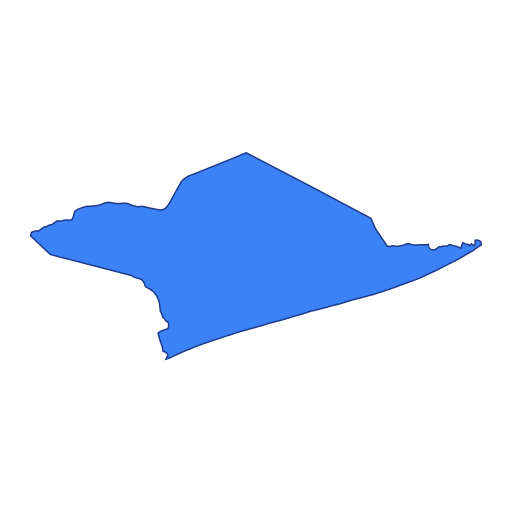 Quissamã, Rio de Janeiro, Brazil (Mercator projection)
{"feature_id": "56859067B88241347773120", "entity_name": "Quissamã", "entity_type": "district", "adm_level": 2, "iso_a3": "BRA", "parent_name": "Brazil", "parent_adm1": "Rio de Janeiro", "projection": "mercator", "projection_center": [-41.42, -22.11], "detail": "fine", "context": "isolated", "style": "filled", "palette": "blue", "viewbox_px": 512, "rotation_deg": 0, "n_neighbors": 0, "source": "geoboundaries", "source_scale": "gbopen_adm2", "svg_char_len": 3389}
<svg xmlns="http://www.w3.org/2000/svg" viewBox="0 0 512 512"><path d="M165.9,359.2L169.2,358.2L172.7,356.4L175.1,355.4L177.3,354.3L180.3,353.0L183.1,351.7L185.2,350.8L187.5,349.9L190.4,348.8L193.5,347.4L196.7,346.2L199.0,345.3L201.2,344.6L203.7,343.6L205.8,342.9L207.9,342.2L210.2,341.4L214.2,340.1L217.6,338.9L219.8,338.2L222.6,337.2L225.1,336.4L227.5,335.6L230.2,334.9L233.6,333.7L236.7,332.6L238.9,332.1L241.0,331.3L243.1,330.8L245.4,330.2L247.6,329.6L249.8,328.9L252.2,328.3L254.7,327.6L257.6,326.8L261.1,325.7L264.1,324.9L267.4,323.8L270.6,322.9L273.2,322.3L276.6,321.3L280.0,320.5L282.6,319.8L286.1,318.7L290.1,317.5L293.1,316.6L295.7,315.8L298.7,315.0L301.1,314.3L303.4,313.6L306.3,312.7L308.9,311.8L311.3,311.0L314.1,310.5L316.7,309.8L318.9,309.2L322.2,308.4L326.1,307.4L329.0,306.6L331.9,305.7L335.0,305.0L338.8,304.1L341.5,303.3L344.2,302.5L346.8,301.7L349.1,301.0L352.6,299.9L356.2,299.0L358.9,298.2L361.0,297.8L363.6,297.0L365.8,296.5L368.9,295.6L372.2,294.8L375.4,293.8L378.4,292.8L381.1,292.0L383.9,291.1L386.3,290.2L389.2,289.3L393.2,287.9L396.8,286.6L400.7,285.1L403.7,284.0L405.8,283.3L408.2,282.4L411.1,281.3L413.7,280.4L416.7,279.2L420.1,277.9L422.9,276.6L426.0,275.2L429.6,273.5L433.2,271.8L435.7,270.7L438.7,269.1L441.6,267.6L443.9,266.4L446.1,265.4L448.2,264.2L450.4,263.2L452.9,261.9L455.7,260.6L458.5,259.1L461.9,257.1L465.3,255.0L467.9,253.6L470.7,251.9L473.1,250.6L475.1,249.0L477.8,247.2L481.3,244.9L480.9,241.7L478.1,240.1L475.1,240.2L475.3,243.5L473.7,245.6L471.4,243.8L469.7,245.8L468.0,244.3L465.4,244.2L463.1,242.6L461.5,245.6L461.1,248.2L457.2,246.6L452.8,245.6L449.6,244.5L446.9,246.2L443.7,246.0L441.3,246.7L439.0,246.8L436.8,248.6L434.3,249.9L431.0,249.7L428.7,247.4L428.4,244.5L426.0,244.7L423.4,244.8L419.7,244.7L416.3,245.1L412.3,244.8L408.9,243.6L406.4,243.9L403.6,245.2L399.7,246.0L396.8,246.4L393.0,245.7L390.1,246.4L387.4,246.4L375.7,229.1L374.6,226.8L373.2,223.6L372.0,220.8L370.9,218.3L345.8,205.0L315.7,189.0L246.3,152.8L242.3,154.3L239.7,155.5L237.5,156.4L234.1,157.8L231.9,158.7L229.8,159.6L226.9,160.8L223.4,162.1L219.6,163.7L215.8,165.2L211.7,166.9L209.3,167.8L206.5,169.0L204.1,169.9L200.3,171.4L198.1,172.4L195.7,173.3L193.4,174.2L191.1,175.1L187.8,176.4L183.3,179.5L181.2,181.9L177.9,187.7L175.6,191.9L174.3,194.2L170.9,200.5L169.3,203.4L166.4,207.4L163.7,209.4L160.5,210.0L156.5,209.4L153.3,208.7L150.1,208.1L147.0,207.4L143.3,206.5L140.5,206.5L138.0,206.8L134.8,206.1L131.8,205.2L127.7,203.6L124.5,203.1L122.1,203.3L119.3,203.6L115.4,203.5L111.4,202.7L108.1,202.3L104.5,203.1L101.4,204.4L97.7,205.5L94.9,205.9L92.0,206.1L88.8,206.3L86.0,206.5L83.4,207.3L80.7,208.2L77.6,209.4L74.7,211.4L73.5,216.3L71.8,220.0L68.0,220.0L64.3,220.1L61.4,221.2L57.7,220.8L54.8,222.4L51.9,224.6L49.0,225.2L46.6,226.5L44.2,227.0L41.8,228.5L39.1,230.8L34.9,231.1L31.4,232.4L30.7,235.9L50.2,254.4L57.6,256.4L60.4,257.2L67.8,259.0L77.8,261.6L91.3,265.1L110.3,270.0L117.1,271.8L125.1,273.9L129.1,274.9L131.3,275.4L133.3,276.7L136.9,278.1L140.2,278.9L142.5,280.2L144.0,282.8L145.6,286.7L149.6,289.0L152.4,290.9L154.1,292.3L156.5,295.7L158.2,299.1L159.3,302.4L159.9,307.1L160.3,311.0L161.9,314.2L162.5,316.9L164.5,318.7L165.8,321.0L168.2,322.3L168.8,325.3L167.9,328.7L165.2,329.5L161.2,331.0L158.1,332.8L158.7,335.9L160.2,340.8L161.5,344.6L162.5,347.9L163.0,351.2L165.7,352.3L168.1,354.8L165.9,359.2Z" fill="#3b82f6" stroke="#1e3a8a" stroke-width="1.5"/></svg>